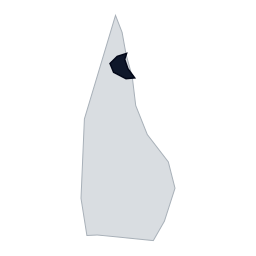 Liechtenstein, with Mauren highlighted
{"feature_id": "LIE-4900", "entity_name": "Mauren", "entity_type": "state/province", "adm_level": 1, "iso_a3": "LIE", "parent_name": "Liechtenstein", "parent_adm1": "", "projection": "mercator", "projection_center": [9.538, 47.223], "detail": "fine", "context": "in_parent", "style": "filled", "palette": "ink", "viewbox_px": 256, "rotation_deg": 0, "n_neighbors": 0, "source": "natural_earth", "source_scale": "10m", "svg_char_len": 465}
<svg xmlns="http://www.w3.org/2000/svg" viewBox="0 0 256 256"><path d="M153.3,240.6L97.4,235.0L86.9,235.5L81.0,198.3L84.4,119.0L115.5,15.4L122.1,32.4L126.0,54.1L132.3,77.2L135.7,105.5L147.3,134.6L168.3,161.9L175.0,188.2L164.4,221.2L153.3,240.6Z" fill="#d9dde1" stroke="#a8b0b8" stroke-width="1"/><path d="M126.6,53.4L124.7,59.4L127.9,68.7L134.7,77.9L126.0,78.7L113.6,72.3L110.0,63.5L117.2,56.4L126.6,53.4Z" fill="#0f172a" stroke="#020617" stroke-width="1.5"/></svg>